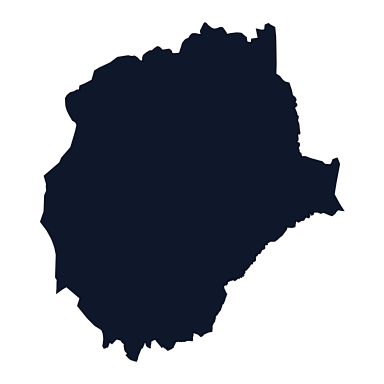 Rogo, Kano, Nigeria
{"feature_id": "59680162B53174064204838", "entity_name": "Rogo", "entity_type": "district", "adm_level": 2, "iso_a3": "NGA", "parent_name": "Nigeria", "parent_adm1": "Kano", "projection": "equal_earth", "projection_center": [7.869, 11.51], "detail": "fine", "context": "isolated", "style": "filled", "palette": "ink", "viewbox_px": 384, "rotation_deg": 0, "n_neighbors": 0, "source": "geoboundaries", "source_scale": "gbopen_adm2", "svg_char_len": 5953}
<svg xmlns="http://www.w3.org/2000/svg" viewBox="0 0 384 384"><path d="M150.1,347.6L150.0,345.7L150.2,345.2L150.5,343.5L150.6,341.1L153.4,339.7L153.6,339.5L154.9,339.2L156.8,340.0L156.8,341.0L157.1,341.2L160.9,345.7L161.8,347.0L163.1,346.1L163.4,345.6L164.2,347.2L164.4,347.5L165.8,348.1L166.6,348.9L166.7,348.5L167.0,348.1L167.9,350.0L171.1,348.5L172.1,347.7L173.0,347.4L173.2,346.0L173.7,345.5L174.2,344.3L174.4,344.1L175.6,341.2L176.8,341.4L178.7,340.8L179.2,341.1L179.5,341.3L180.1,341.1L181.5,341.3L182.2,341.1L184.8,341.2L186.3,340.3L186.5,340.4L187.0,340.2L187.9,340.1L189.2,340.2L189.5,340.1L190.5,340.2L191.6,340.5L192.2,340.4L192.3,339.0L192.2,338.4L192.2,337.3L192.4,336.5L192.7,335.8L192.8,334.2L193.0,332.8L193.4,332.1L194.0,332.1L194.2,332.3L194.5,332.3L194.7,332.1L195.2,332.2L195.1,332.7L195.5,332.7L195.7,333.1L196.1,333.1L198.6,334.2L199.8,335.3L200.7,335.8L200.8,336.2L201.8,335.9L202.5,335.4L203.6,333.9L208.4,331.8L211.6,331.2L211.9,328.0L211.7,324.8L212.4,324.8L212.7,323.6L213.1,322.9L214.4,321.2L214.7,319.3L215.1,318.2L215.1,317.4L214.8,316.3L215.4,315.9L216.8,313.2L217.1,314.2L218.0,312.8L218.4,312.0L219.6,310.6L220.2,309.8L220.5,308.7L221.5,306.2L221.4,305.4L222.4,303.5L223.0,303.5L224.4,300.3L225.1,297.5L225.7,296.3L226.1,294.9L226.5,294.3L225.7,293.1L225.3,292.1L224.9,291.6L224.6,290.6L223.5,288.4L223.4,287.3L223.5,285.9L224.1,284.9L224.5,285.0L224.9,284.6L225.2,284.8L225.6,284.6L225.7,284.3L225.9,284.1L226.3,284.1L226.5,284.5L226.6,284.4L227.2,283.3L227.1,283.1L227.2,282.7L227.0,282.0L227.3,281.5L228.1,281.3L228.0,280.7L229.0,281.0L229.4,280.3L229.7,280.0L229.9,280.2L230.5,280.0L230.7,280.3L230.9,280.3L230.9,279.9L231.5,279.6L232.1,279.7L232.1,279.2L232.6,279.2L233.5,279.5L233.6,279.4L234.2,280.1L234.8,279.8L234.9,280.2L235.1,280.2L235.4,279.8L236.2,279.4L237.2,277.8L237.3,277.8L237.6,278.2L238.3,277.7L239.0,278.1L239.3,277.4L240.0,276.8L240.5,276.7L241.2,277.2L241.5,277.0L241.6,276.5L242.7,275.8L243.4,275.8L243.6,275.5L243.5,274.8L243.3,274.4L243.4,274.0L244.5,272.9L244.6,272.5L244.5,271.8L244.1,271.6L244.2,271.4L244.1,270.9L244.2,270.4L244.5,270.4L244.6,270.7L244.8,270.6L244.7,270.0L244.8,269.7L245.0,269.6L245.4,270.1L246.5,269.5L247.3,268.6L247.5,268.2L248.5,267.3L248.6,266.6L249.5,266.0L249.7,265.2L250.3,264.3L251.2,263.7L251.3,263.4L252.2,263.6L252.4,263.2L252.1,262.4L252.4,262.0L254.0,260.8L254.6,261.0L255.2,260.2L255.3,258.9L255.0,257.6L255.8,256.2L255.5,255.8L255.6,255.5L257.0,255.2L257.3,254.7L257.2,254.3L257.3,253.9L258.4,253.2L258.8,253.4L260.0,253.1L260.1,252.1L260.5,251.9L260.9,251.5L260.9,250.9L261.5,250.0L262.7,248.9L263.3,249.0L263.7,248.8L264.4,248.3L264.6,247.5L264.3,246.9L264.4,246.1L264.7,244.6L265.0,244.3L265.4,244.5L266.3,244.4L266.6,244.5L267.1,244.4L267.0,244.0L266.7,243.5L266.7,243.3L266.9,243.0L270.2,241.0L274.7,241.0L277.0,239.3L279.0,237.4L281.9,235.1L286.1,229.5L286.7,226.8L292.2,227.2L294.7,226.5L295.3,221.6L296.6,220.5L298.5,221.9L301.3,220.2L303.6,220.0L305.6,216.7L308.8,217.6L309.4,216.2L308.9,214.0L309.6,212.3L310.4,212.5L311.2,214.8L312.8,214.5L313.9,211.7L318.2,211.9L320.8,213.1L323.5,212.0L330.0,214.8L332.1,215.4L334.7,213.3L336.5,210.7L338.6,209.4L341.2,210.1L343.2,210.3L340.0,205.4L339.9,205.4L333.9,194.4L335.7,183.2L339.3,164.1L337.1,158.4L333.2,159.7L331.7,163.7L330.0,165.0L324.6,164.5L322.2,162.0L310.5,158.8L305.6,156.9L301.5,156.9L300.6,153.4L299.0,152.6L298.9,151.5L298.9,150.4L298.7,149.4L298.0,148.9L298.1,147.8L298.5,146.7L299.3,145.3L299.1,143.4L298.7,143.1L297.3,142.8L296.6,142.2L296.8,141.3L297.6,140.4L297.9,139.0L297.4,135.1L297.7,133.9L298.3,133.5L299.5,133.7L299.7,132.8L299.1,130.1L298.7,124.9L298.3,123.2L297.7,121.9L297.3,120.0L297.8,118.3L298.1,116.7L296.6,114.9L296.5,113.3L295.0,109.5L294.3,108.4L294.5,107.3L295.5,106.5L296.6,105.3L296.5,104.1L294.6,102.6L295.3,101.1L295.8,99.7L295.4,98.5L294.5,97.3L292.2,95.4L291.2,90.3L288.8,83.2L285.2,82.3L282.6,80.5L279.5,76.6L275.6,74.1L275.9,64.2L275.6,43.3L275.4,36.4L274.5,27.5L270.0,25.1L268.5,23.8L265.4,25.1L264.9,30.0L261.6,30.5L256.7,29.3L258.5,38.4L251.8,39.3L251.6,42.7L248.8,42.7L246.6,41.9L246.1,37.6L243.6,35.6L241.2,33.5L236.8,33.1L230.2,33.9L226.8,34.8L225.7,32.5L223.7,29.6L222.4,27.9L220.3,27.7L216.9,29.0L214.0,29.4L211.7,28.6L208.6,26.3L207.2,25.0L206.4,23.9L204.9,23.0L204.0,24.0L201.8,28.7L200.8,30.4L200.7,31.9L201.5,33.5L200.8,34.8L198.4,34.6L196.3,34.0L193.9,33.8L192.3,34.1L190.6,35.5L189.5,37.5L188.7,38.5L185.6,39.8L183.1,42.7L182.2,45.0L181.7,47.2L180.7,49.9L180.0,52.7L178.7,53.6L175.4,53.9L172.6,53.9L171.6,52.9L171.0,50.9L169.1,49.4L162.4,50.5L159.4,47.5L157.5,46.9L156.7,47.3L154.5,48.9L152.1,51.0L149.7,51.1L146.5,53.1L143.7,55.4L142.9,57.7L142.9,59.8L142.6,61.3L139.8,61.1L138.4,59.3L136.9,57.8L134.4,56.3L131.9,56.8L128.1,56.0L117.7,57.6L110.4,63.1L99.8,68.0L94.8,71.0L92.2,80.3L85.3,83.9L80.1,86.1L79.6,90.2L76.8,90.3L74.2,91.9L70.5,92.9L67.4,95.5L65.7,98.4L66.1,105.7L67.3,110.0L69.4,114.4L72.7,120.1L75.8,121.9L77.2,124.9L75.8,131.2L71.0,147.5L61.8,158.1L59.9,162.8L44.5,176.0L46.8,184.1L46.5,186.5L47.0,190.7L44.9,195.4L44.3,211.6L40.8,221.7L47.1,230.1L51.0,237.1L52.8,241.0L55.0,247.3L56.5,254.7L55.8,277.3L57.6,280.1L57.3,281.5L57.2,288.4L56.9,292.7L62.4,288.7L66.4,286.3L80.3,298.1L77.9,305.8L87.5,317.7L95.1,325.4L99.3,327.9L102.0,329.7L102.7,331.6L103.4,333.3L103.8,336.3L104.0,339.2L103.4,344.7L103.0,345.7L104.1,347.9L105.0,347.8L105.6,347.4L106.9,346.7L107.5,346.8L108.8,343.1L109.4,341.5L111.9,343.4L115.9,339.1L117.7,338.8L118.2,339.2L118.9,339.4L119.8,339.2L120.0,339.7L120.7,339.9L121.3,340.3L122.5,342.2L124.9,344.0L124.6,344.4L124.6,345.0L124.4,345.6L124.9,349.3L125.3,350.6L125.7,351.2L127.0,352.4L128.0,354.0L126.5,355.2L127.5,356.2L129.5,358.4L131.3,359.5L136.2,361.0L137.0,359.4L137.8,355.8L140.0,350.4L140.5,349.1L141.7,347.3L142.3,347.5L143.7,343.9L144.1,342.6L144.1,341.9L145.8,341.9L146.6,344.9L146.8,345.5L147.8,346.6L148.9,346.9L149.7,347.6L150.1,347.6Z" fill="#0f172a" stroke="#020617" stroke-width="1.5"/></svg>